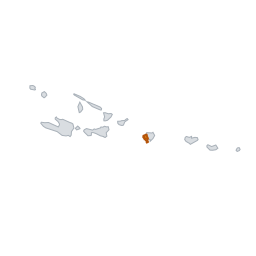 location of Malorua, Shefa, Vanuatu, rotated 304°
{"feature_id": "77236927B16755152791685", "entity_name": "Malorua", "entity_type": "district", "adm_level": 2, "iso_a3": "VUT", "parent_name": "Vanuatu", "parent_adm1": "Shefa", "projection": "natural_earth1", "projection_center": [168.26, -17.624], "detail": "fine", "context": "in_parent", "style": "filled", "palette": "amber", "viewbox_px": 256, "rotation_deg": 304, "n_neighbors": 0, "source": "geoboundaries", "source_scale": "gbopen_adm2", "svg_char_len": 4548}
<svg xmlns="http://www.w3.org/2000/svg" viewBox="0 0 256 256"><g transform="rotate(304 128 128)"><path d="M88.1,59.0L89.9,69.6L91.9,69.5L93.0,69.0L94.2,66.5L94.7,62.6L95.8,62.0L97.1,62.4L96.5,63.7L96.9,66.8L98.0,68.5L98.7,68.9L100.1,77.0L100.6,78.7L100.5,80.1L97.7,83.2L93.4,83.1L90.3,84.9L88.5,84.8L88.5,82.7L86.8,81.1L85.0,77.5L85.4,71.3L82.1,59.7L82.1,56.8L83.2,53.0L84.3,52.9L85.8,56.0L88.1,59.0ZM106.4,99.7L107.6,100.4L108.3,100.4L108.7,101.9L112.7,105.1L113.7,105.0L114.6,106.7L116.3,107.5L116.8,109.3L118.0,111.0L115.9,113.2L111.8,112.6L109.5,115.0L107.4,114.4L107.0,113.1L107.3,112.7L106.1,109.5L105.5,104.5L104.7,101.6L103.7,100.3L101.8,101.4L101.1,101.6L99.2,99.2L100.1,94.3L100.6,92.9L102.0,92.7L104.3,93.9L106.4,99.7ZM158.8,191.0L157.5,192.6L156.4,192.4L149.3,188.8L149.6,187.3L149.3,183.6L150.1,181.5L152.1,180.7L153.6,181.1L154.5,184.1L156.6,185.4L155.1,186.4L157.7,188.7L158.8,191.0ZM134.6,146.1L137.3,150.7L138.4,151.1L136.7,154.3L133.3,154.6L129.3,153.8L130.8,152.7L130.0,151.4L128.8,151.1L127.4,151.7L126.8,151.5L127.7,149.4L129.9,146.5L130.6,146.2L131.2,146.2L131.7,146.4L134.6,146.1ZM130.5,107.4L127.4,107.7L123.0,106.7L121.3,105.3L120.5,104.0L122.0,102.9L124.2,102.4L126.9,99.2L127.9,100.5L128.9,104.0L130.0,105.1L130.6,106.2L130.5,107.4ZM163.0,210.3L161.5,213.8L159.1,213.0L156.8,210.5L155.5,208.3L156.4,204.0L157.6,203.3L158.8,203.6L159.4,207.7L163.0,210.3ZM128.3,95.7L127.8,95.7L127.3,94.2L125.8,86.4L126.8,79.3L127.4,80.8L129.8,93.2L129.4,95.2L128.3,95.7ZM134.6,121.6L135.4,122.1L135.0,123.4L131.3,121.9L128.2,122.5L127.4,122.4L126.5,121.2L125.8,118.8L126.1,117.1L127.4,115.9L127.9,115.7L128.8,117.1L129.7,118.1L130.5,118.6L132.4,121.0L134.6,121.6ZM120.0,78.5L118.2,80.0L114.8,79.8L113.5,79.0L117.7,74.5L122.5,73.6L120.0,78.5ZM111.0,40.8L109.9,42.4L106.8,41.9L106.1,41.5L106.3,38.8L107.0,37.8L108.9,37.0L111.4,38.3L111.0,40.8ZM108.4,29.5L108.0,29.8L107.4,29.5L105.7,25.6L106.2,24.3L108.2,23.1L110.0,25.3L110.2,26.5L110.2,27.5L109.9,28.4L108.7,28.7L108.4,29.5ZM127.6,75.1L127.1,77.0L126.0,74.7L125.3,65.0L125.6,64.1L126.2,64.1L127.5,70.8L127.6,75.1ZM173.9,231.1L173.0,232.9L171.5,232.9L169.6,231.6L170.0,230.0L172.1,229.8L172.7,229.9L173.9,231.1ZM101.1,87.8L100.6,88.6L97.7,86.5L98.3,84.5L101.5,85.2L101.1,87.8Z" fill="#d9dde1" stroke="#a8b0b8" stroke-width="1"/><path d="M132.6,148.0L132.7,147.9L132.8,147.8L132.8,147.6L132.8,147.4L133.0,147.2L132.9,147.1L132.9,146.9L132.9,146.7L132.7,146.7L132.4,146.5L132.4,146.4L132.2,146.2L131.9,146.3L131.7,146.2L131.7,146.3L131.6,146.2L131.4,145.9L131.4,145.7L131.1,145.5L130.9,145.6L130.7,145.8L130.4,145.9L130.3,146.0L130.2,146.1L130.1,146.3L130.3,146.3L130.2,146.4L130.2,146.5L130.0,146.8L129.9,146.9L129.6,147.0L129.3,147.1L129.2,147.1L129.1,147.3L129.1,147.5L129.1,147.9L129.1,148.1L129.0,148.4L128.9,148.5L128.7,148.7L128.6,148.8L128.4,148.9L128.2,149.0L127.9,149.1L127.9,149.3L127.7,149.4L127.7,149.6L127.6,149.8L127.6,150.0L127.4,150.4L127.4,150.5L127.2,150.8L127.2,151.0L126.9,151.2L126.9,151.3L126.7,151.5L126.8,151.5L126.7,151.5L126.8,151.7L127.0,151.5L127.3,151.4L127.4,151.5L127.2,151.9L127.2,152.0L127.1,152.3L127.3,152.3L127.5,152.3L127.4,152.3L127.5,152.3L127.4,152.5L127.5,152.6L127.8,152.5L127.9,152.4L128.0,152.2L128.1,151.9L128.2,151.7L128.3,151.6L128.5,151.4L128.7,151.2L128.9,151.1L129.0,151.0L129.0,150.9L129.3,150.7L129.5,150.7L129.3,150.4L129.5,150.3L129.5,150.2L129.8,150.0L129.9,149.9L130.1,149.9L130.2,149.7L130.3,149.7L130.4,149.8L130.4,149.7L130.5,149.7L130.4,149.6L130.5,149.6L130.6,149.4L130.8,149.3L130.7,149.3L130.8,149.2L131.0,149.1L131.3,149.0L131.2,148.9L131.3,148.7L131.2,148.6L131.2,148.4L131.3,148.4L131.5,148.4L131.5,148.5L131.5,148.4L131.5,148.5L131.8,148.4L131.9,148.2L132.0,148.1L132.1,147.9L132.1,147.7L132.3,147.7L132.4,147.8L132.5,147.9L132.5,148.0L132.6,148.0ZM130.4,145.0L130.3,144.9L130.2,144.9L130.1,145.0L129.9,145.1L129.7,145.2L129.8,145.3L129.7,145.4L129.4,145.4L129.2,145.4L129.1,145.5L128.9,145.5L128.7,145.7L128.7,145.8L128.6,146.0L128.7,146.3L128.8,146.4L128.7,146.4L128.7,146.5L128.4,146.6L128.5,146.6L128.4,146.6L128.3,146.8L128.3,147.0L128.5,147.0L128.6,146.9L128.8,146.6L128.9,146.4L129.0,146.4L129.3,146.4L129.6,146.3L129.7,146.2L129.8,146.1L130.2,145.8L130.3,145.8L130.4,145.7L130.5,145.7L130.8,145.6L130.6,145.2L130.4,145.0L130.4,145.0ZM128.1,148.3L128.4,148.4L128.5,148.4L128.6,148.1L128.5,147.9L128.4,147.7L128.3,147.4L128.2,147.2L128.2,147.3L128.1,147.5L127.9,147.7L127.9,147.8L127.7,148.0L127.9,148.2L128.1,148.3ZM128.8,145.7L128.7,145.7L128.8,145.7Z" fill="#f59e0b" stroke="#b45309" stroke-width="1.5"/></g></svg>